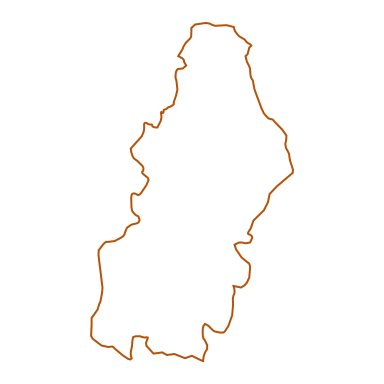 SVG path tracing the border of Francisco Morazán
{"feature_id": "HND-639", "entity_name": "Francisco Morazán", "entity_type": "Department", "adm_level": 1, "iso_a3": "HND", "parent_name": "Honduras", "parent_adm1": "", "projection": "robinson", "projection_center": [-87.226, 14.346], "detail": "fine", "context": "isolated", "style": "outline", "palette": "amber", "viewbox_px": 384, "rotation_deg": 0, "n_neighbors": 0, "source": "natural_earth", "source_scale": "10m", "svg_char_len": 3378}
<svg xmlns="http://www.w3.org/2000/svg" viewBox="0 0 384 384"><path d="M162.5,113.0L163.2,112.8L163.5,112.1L163.6,110.6L163.8,109.9L164.3,109.6L165.1,109.5L166.3,109.0L168.2,107.4L168.9,107.1L169.7,106.9L170.7,106.4L171.8,105.8L173.4,104.6L173.8,104.0L173.8,103.6L173.6,103.2L173.8,102.1L176.1,95.4L177.4,89.6L176.5,81.2L175.5,77.4L175.7,73.5L176.3,71.1L177.0,69.9L177.6,69.2L178.2,69.0L182.8,68.5L186.2,65.5L184.1,61.9L183.9,60.1L182.7,58.7L181.9,58.0L178.2,56.1L182.3,49.6L183.7,46.2L185.9,42.7L190.1,38.5L190.9,37.2L191.2,35.7L191.4,30.6L191.3,28.1L195.1,24.5L205.4,23.0L207.5,23.2L210.0,23.7L211.7,24.7L215.0,25.8L226.6,25.2L233.8,27.0L234.4,29.7L235.2,31.4L237.4,34.4L239.4,36.5L244.5,39.4L246.9,42.4L250.0,44.2L250.9,45.0L251.3,45.6L249.3,47.5L247.6,54.2L245.5,56.2L246.8,61.4L247.6,63.1L249.0,65.8L250.0,68.4L250.5,75.1L251.1,77.7L252.8,80.4L254.5,89.5L261.3,107.9L263.8,113.2L266.7,116.7L268.6,118.5L272.8,119.6L274.8,122.0L282.3,129.7L286.4,135.5L286.2,139.9L285.3,143.9L285.6,145.9L286.1,148.2L288.3,152.2L289.1,154.0L289.5,157.7L290.2,161.1L292.9,169.4L292.8,172.8L276.7,186.5L269.6,194.0L268.0,202.1L263.9,210.3L253.4,220.6L250.8,228.3L248.4,232.0L248.0,233.2L248.3,234.1L250.1,234.7L251.2,235.5L252.1,236.6L252.3,237.6L250.1,242.5L245.6,243.3L242.1,242.5L239.1,242.5L234.6,244.6L235.9,249.0L241.5,257.4L247.4,262.3L249.0,263.4L249.7,264.9L250.1,267.6L249.3,277.4L247.0,282.4L244.5,285.4L241.0,287.5L233.5,286.0L234.4,289.5L234.6,291.3L234.4,293.4L233.4,295.8L232.8,299.0L233.1,303.9L232.2,315.2L228.2,326.4L224.6,331.7L223.5,332.5L220.1,332.6L214.9,331.5L213.1,330.5L208.2,325.6L205.0,323.9L203.5,325.9L203.2,326.8L202.8,328.7L202.7,332.2L202.8,335.7L203.4,338.3L204.8,340.1L207.2,345.2L207.1,349.1L205.4,351.7L203.8,355.7L203.2,359.9L203.1,361.0L202.1,360.8L191.8,355.8L185.0,358.2L174.4,354.0L167.0,355.0L164.8,353.9L162.3,352.4L153.5,353.6L150.6,350.4L146.5,345.9L146.0,342.8L147.6,338.6L147.8,337.6L146.9,337.3L145.6,337.3L144.7,337.6L142.3,337.0L139.7,336.2L135.6,336.3L133.2,337.1L132.5,339.9L132.0,346.3L130.8,351.7L130.8,355.2L131.7,358.5L130.1,359.5L127.9,358.8L122.2,354.9L114.5,348.4L113.9,347.5L112.9,346.9L112.1,346.5L108.2,347.0L101.5,345.5L92.7,338.8L91.1,336.0L91.6,325.3L91.6,318.1L97.6,309.5L99.3,303.8L99.9,302.8L100.5,301.1L102.1,292.5L102.5,287.7L98.5,255.4L98.7,250.3L103.2,244.3L104.9,242.7L106.2,241.9L107.6,241.9L114.5,241.1L120.6,237.9L123.2,236.2L124.6,234.3L124.8,232.9L127.0,227.7L131.3,224.7L136.9,223.3L138.5,222.4L139.4,220.8L139.4,219.3L139.1,218.3L138.5,216.7L138.2,216.3L137.7,216.0L136.9,215.7L136.2,215.3L135.2,214.6L134.0,213.3L132.7,211.8L132.0,210.3L131.5,207.7L131.2,198.0L131.5,195.4L132.1,194.0L133.1,193.5L134.1,193.4L135.4,193.7L138.0,195.1L139.6,194.5L140.7,193.6L146.4,185.1L148.6,179.9L147.9,178.0L142.6,173.5L142.3,172.8L142.1,172.0L142.8,171.3L143.3,170.3L143.4,168.0L143.0,166.8L142.4,165.9L137.3,160.9L133.9,158.4L132.8,156.6L131.9,154.3L131.4,152.4L130.7,148.6L141.7,136.4L143.6,132.0L143.8,130.8L144.1,129.4L144.2,128.0L144.1,124.3L144.5,123.3L145.2,122.8L146.0,122.9L147.0,123.3L147.9,123.9L148.8,124.3L149.7,124.5L150.5,124.6L151.2,124.5L151.8,124.6L152.1,125.0L152.3,126.0L152.6,126.5L153.3,126.8L154.1,127.2L155.0,127.4L157.4,127.5L160.6,121.2L161.4,117.8L161.4,116.4L161.3,115.0L160.9,113.2L161.1,112.3L161.4,112.0L161.7,112.3L162.1,112.7L162.5,113.0Z" fill="none" stroke="#b45309" stroke-width="2"/></svg>